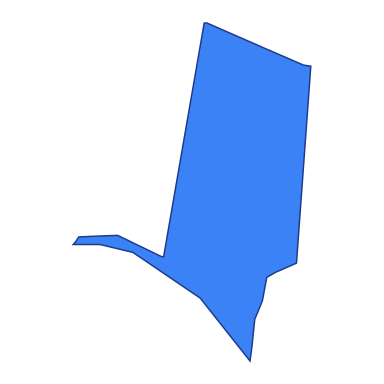 outline of La Pearle, Soufrière, Saint Lucia
{"feature_id": "8701671B37327912911660", "entity_name": "La Pearle", "entity_type": "district", "adm_level": 2, "iso_a3": "LCA", "parent_name": "Saint Lucia", "parent_adm1": "Soufrière", "projection": "orthographic", "projection_center": [-61.048, 13.857], "detail": "fine", "context": "isolated", "style": "filled", "palette": "blue", "viewbox_px": 384, "rotation_deg": 0, "n_neighbors": 0, "source": "geoboundaries", "source_scale": "gbopen_adm2", "svg_char_len": 446}
<svg xmlns="http://www.w3.org/2000/svg" viewBox="0 0 384 384"><path d="M204.2,23.0L163.6,256.9L163.0,256.8L160.8,256.3L117.7,235.4L108.0,235.7L78.8,236.9L75.5,241.9L73.2,244.5L99.9,244.5L132.9,252.4L200.2,298.1L250.0,361.0L251.8,347.8L254.8,319.1L257.8,312.0L262.4,300.7L266.8,277.3L275.6,272.3L292.4,264.9L296.5,263.1L297.1,254.3L310.8,66.2L303.5,65.1L264.7,48.3L206.9,23.0L204.2,23.0Z" fill="#3b82f6" stroke="#1e3a8a" stroke-width="1.5"/></svg>